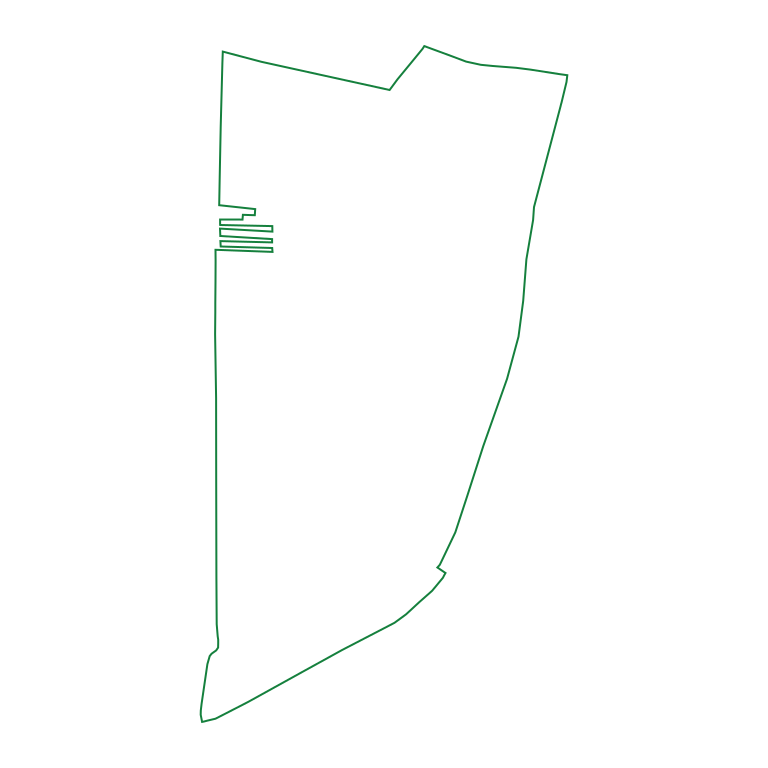 Shubra, Al Qahirah, Egypt
{"feature_id": "37247803B2980274366801", "entity_name": "Shubra", "entity_type": "district", "adm_level": 2, "iso_a3": "EGY", "parent_name": "Egypt", "parent_adm1": "Al Qahirah", "projection": "natural_earth1", "projection_center": [31.25, 30.072], "detail": "fine", "context": "isolated", "style": "outline", "palette": "green", "viewbox_px": 768, "rotation_deg": 0, "n_neighbors": 0, "source": "geoboundaries", "source_scale": "gbopen_adm2", "svg_char_len": 1332}
<svg xmlns="http://www.w3.org/2000/svg" viewBox="0 0 768 768"><path d="M445.5,573.0L442.7,571.1L437.4,567.5L439.8,564.8L441.7,560.9L455.3,532.4L467.3,495.8L483.3,446.0L507.1,378.7L514.1,352.9L518.5,336.7L523.2,300.9L526.4,259.3L533.1,220.0L534.0,207.1L539.4,186.6L560.6,106.1L561.0,104.4L561.5,102.7L566.5,82.0L567.2,76.2L567.3,75.2L559.3,74.1L530.4,69.6L516.1,67.8L492.9,66.0L480.8,64.8L466.1,61.6L452.0,56.3L424.3,46.1L423.4,47.5L422.5,48.9L411.6,62.2L397.5,79.3L389.6,90.0L261.4,61.8L222.8,51.6L222.4,62.6L220.7,126.9L219.7,177.6L219.2,205.2L255.2,209.1L255.0,212.1L254.8,215.2L248.1,215.0L242.9,214.8L242.7,217.2L242.5,219.6L235.3,219.5L220.1,219.5L220.1,224.3L220.2,225.0L272.3,226.1L272.4,231.6L220.0,228.6L220.3,235.5L220.3,236.0L272.1,239.1L272.1,242.4L220.4,241.1L220.7,246.5L272.2,248.0L272.5,251.9L218.6,249.9L215.5,249.8L215.6,261.0L215.5,281.5L215.3,303.7L215.3,308.0L215.3,312.3L215.1,334.2L216.1,398.0L216.2,480.4L216.4,576.7L216.7,624.2L217.7,636.3L218.2,639.7L218.2,643.3L218.1,647.6L216.2,650.4L212.7,652.9L211.5,653.8L209.7,656.1L207.4,664.1L201.6,703.7L200.8,710.5L200.7,714.8L202.1,721.9L204.1,721.5L207.1,720.7L215.5,718.7L234.2,709.1L248.0,702.0L302.2,672.0L342.3,649.9L394.5,622.8L406.1,614.3L419.2,602.2L432.1,590.8L442.9,577.8L444.4,574.9L445.5,573.0Z" fill="none" stroke="#15803d" stroke-width="2"/></svg>